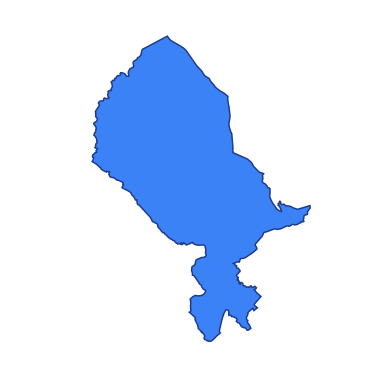 Buon Don, Đắk Lắk, Vietnam, rotated 40°
{"feature_id": "81297802B42534502413482", "entity_name": "Buon Don", "entity_type": "district", "adm_level": 2, "iso_a3": "VNM", "parent_name": "Vietnam", "parent_adm1": "Đắk Lắk", "projection": "orthographic", "projection_center": [107.764, 12.878], "detail": "fine", "context": "isolated", "style": "filled", "palette": "blue", "viewbox_px": 384, "rotation_deg": 40, "n_neighbors": 0, "source": "geoboundaries", "source_scale": "gbopen_adm2", "svg_char_len": 6039}
<svg xmlns="http://www.w3.org/2000/svg" viewBox="0 0 384 384"><g transform="rotate(40 192 192)"><path d="M291.1,126.6L284.0,137.4L279.4,139.2L276.7,139.7L275.0,140.6L272.7,142.3L270.2,142.2L269.2,143.6L268.0,144.0L267.3,143.9L266.7,143.0L266.1,142.6L265.3,142.5L265.1,142.8L265.9,144.6L265.5,145.5L266.0,145.9L266.5,146.8L267.3,146.4L268.2,147.1L269.3,147.1L271.3,148.4L272.1,148.5L272.8,149.2L272.9,149.6L271.5,150.3L268.3,150.5L266.5,150.2L263.8,149.3L261.2,148.8L257.0,147.0L254.2,145.4L252.2,142.3L249.6,139.3L248.8,139.2L247.1,140.0L246.1,139.3L243.9,138.9L242.6,138.7L241.7,139.1L240.5,139.3L239.1,138.8L237.6,136.1L235.1,133.7L235.2,132.0L234.5,132.0L231.0,133.6L222.6,132.8L219.4,131.4L217.1,131.1L213.3,131.1L198.2,135.5L197.6,134.7L196.4,134.1L195.5,132.4L184.9,121.7L182.9,120.9L180.2,119.2L177.8,117.4L176.4,116.1L173.7,111.4L172.2,109.2L165.9,103.3L162.6,100.7L159.1,97.3L158.1,95.7L153.6,95.7L151.1,96.0L149.0,96.5L144.8,96.7L142.1,96.6L140.2,96.0L136.1,95.4L134.1,94.9L132.4,94.0L127.7,94.7L126.0,94.6L122.2,93.2L119.9,92.8L115.1,92.4L96.5,87.4L92.7,87.2L78.5,89.5L76.5,89.4L72.9,88.5L62.4,114.4L62.5,115.4L64.9,120.1L64.7,123.3L64.1,123.6L64.0,124.3L64.5,125.8L63.4,129.1L63.6,130.3L63.9,131.0L66.4,133.0L66.7,134.2L65.3,137.4L65.8,140.5L66.5,141.3L66.7,141.9L68.6,143.1L69.0,143.8L68.6,144.6L67.6,145.1L66.9,145.2L65.0,144.7L63.8,144.8L61.4,145.8L60.7,146.5L60.7,147.3L61.7,148.2L61.9,148.9L61.5,149.6L60.3,150.6L60.1,151.6L60.1,152.4L60.6,153.5L59.8,154.8L60.7,155.8L60.7,156.1L60.4,156.9L59.9,157.0L59.4,157.6L59.7,158.3L59.3,159.6L60.9,160.5L63.2,162.3L63.9,165.3L64.8,166.0L64.8,166.4L63.4,167.4L63.2,169.3L64.3,169.6L64.6,171.3L64.9,171.7L66.5,172.9L67.7,173.0L67.9,173.4L66.4,175.6L64.5,176.3L64.4,176.6L64.5,177.5L65.2,178.6L65.3,179.4L63.4,181.1L63.0,181.9L62.9,183.5L63.5,184.4L64.8,184.5L65.4,185.2L66.1,191.6L66.4,192.6L67.5,193.4L70.0,196.3L72.2,196.6L73.0,197.7L73.3,198.4L73.3,199.7L72.5,201.9L72.9,203.0L76.2,203.8L77.6,204.6L78.2,205.9L79.3,207.5L79.4,209.0L80.2,211.4L82.6,211.8L83.8,212.2L85.4,213.0L85.8,213.4L86.0,214.0L87.4,214.7L87.5,217.2L88.9,219.2L89.0,220.2L89.7,220.5L90.9,219.8L91.9,219.7L91.9,222.0L93.3,222.7L93.4,223.0L92.5,224.2L92.3,227.5L92.5,228.3L93.5,229.2L94.3,229.0L94.8,229.1L95.5,230.8L95.9,232.9L100.9,232.1L106.8,232.4L107.8,232.9L110.0,232.6L113.5,231.8L113.4,230.9L115.0,230.5L115.1,229.7L115.6,230.0L116.3,229.8L116.9,232.0L117.9,232.2L119.1,233.0L121.0,232.6L122.3,231.6L124.2,231.1L126.8,231.2L128.2,230.2L129.5,230.0L132.9,229.0L133.3,229.1L133.3,229.5L133.8,229.8L133.9,230.5L135.0,230.5L135.1,231.3L135.0,232.1L135.4,233.4L135.8,233.7L143.1,232.0L146.0,231.8L146.1,232.1L148.3,233.0L150.4,233.0L153.6,234.4L154.1,234.1L154.4,234.2L155.0,233.6L155.2,234.1L156.4,234.8L157.1,235.8L158.6,236.5L159.7,236.1L160.9,236.1L176.4,238.2L180.6,240.0L186.0,238.8L188.3,240.6L189.3,240.9L190.5,240.8L191.0,241.1L191.8,241.0L194.1,241.8L196.1,241.8L196.5,241.6L196.9,241.0L198.7,241.7L199.6,241.5L203.6,242.0L204.4,241.7L206.2,241.7L207.2,241.2L208.1,241.4L210.0,240.7L211.1,241.2L212.0,241.0L212.9,241.3L213.5,240.9L214.4,241.1L215.8,239.5L217.2,239.2L217.0,238.8L216.2,238.7L216.3,237.8L216.8,237.8L217.8,238.7L218.3,238.5L218.5,237.1L218.2,236.2L221.7,236.2L222.9,233.9L223.6,233.2L223.6,232.0L224.2,231.5L224.8,230.3L225.2,230.6L226.6,230.6L228.8,230.0L231.1,228.6L234.7,225.3L236.0,224.9L236.9,225.1L238.9,226.8L239.9,227.5L241.4,230.0L243.3,231.0L243.8,231.9L243.4,234.1L241.3,236.2L238.9,241.0L239.4,243.0L240.9,245.5L240.9,246.5L240.1,248.8L240.2,249.6L242.2,252.5L244.8,254.2L245.8,255.4L247.3,254.8L255.8,257.1L256.8,257.7L258.2,257.3L261.9,258.9L263.5,259.1L265.0,258.6L265.7,258.8L266.3,259.5L266.8,262.2L266.2,264.3L265.0,266.2L262.9,268.1L261.0,269.1L260.0,271.4L259.4,274.9L259.7,275.6L260.5,275.9L261.6,277.1L262.3,277.6L264.1,280.2L267.5,283.8L267.7,284.7L267.2,285.8L275.4,286.1L276.4,287.9L280.9,289.8L283.9,291.8L284.4,292.5L287.2,292.7L288.4,292.9L289.2,293.3L289.4,292.8L289.6,292.7L290.3,292.9L290.7,293.4L291.5,293.1L292.1,293.2L293.6,293.7L294.4,294.3L294.8,295.7L295.7,296.6L296.7,296.8L297.4,296.3L299.2,296.3L299.7,295.8L300.3,295.8L301.2,295.3L302.7,293.6L303.3,290.0L303.3,288.1L303.6,285.6L304.3,281.9L303.0,281.4L302.0,280.4L298.0,272.6L295.9,268.1L294.6,264.6L293.7,260.4L295.1,259.5L296.2,259.3L299.6,262.8L300.0,261.9L300.4,261.7L301.2,261.6L302.3,262.0L303.0,261.2L303.9,261.2L304.7,260.6L306.3,260.5L307.1,260.1L308.2,260.4L309.2,262.7L311.3,262.6L312.4,262.0L316.4,263.3L318.7,262.8L320.1,261.8L320.9,261.8L322.5,262.4L323.3,262.3L323.7,261.9L324.3,260.7L324.7,258.6L320.8,256.8L319.4,256.6L317.8,255.8L317.3,254.5L316.5,254.6L315.2,254.2L314.4,253.2L313.3,249.4L312.3,248.5L313.2,242.1L315.7,243.1L316.5,238.6L313.3,238.7L312.7,238.6L311.8,238.0L312.0,227.7L306.7,227.6L302.4,226.8L303.1,224.9L303.0,224.0L301.0,223.8L300.6,224.1L300.2,225.5L299.7,226.2L299.1,226.4L297.8,225.9L297.2,226.3L297.3,228.1L296.8,228.5L296.0,228.6L294.9,230.0L293.0,229.8L291.5,230.8L289.7,229.5L288.2,229.4L287.7,230.0L288.2,231.0L288.1,231.5L287.4,231.7L286.7,231.6L287.0,230.5L286.1,230.6L285.1,230.0L283.2,230.3L283.1,230.0L283.7,229.4L283.4,229.1L282.6,229.0L282.6,228.0L282.4,227.7L280.5,227.8L279.9,227.4L279.4,226.3L279.9,224.6L279.4,223.2L279.8,222.8L279.8,222.4L279.8,221.9L279.3,221.3L276.5,220.8L276.1,220.8L275.6,221.3L274.7,221.2L274.2,220.9L273.6,219.8L273.1,219.9L272.2,220.5L271.8,220.5L270.8,219.4L270.3,220.0L269.6,220.2L271.8,216.1L273.3,215.3L272.1,212.3L272.3,211.4L274.1,209.7L275.3,207.1L277.6,199.1L278.4,194.0L278.1,193.6L277.0,192.9L274.5,192.0L274.0,191.4L274.2,180.7L273.1,176.6L274.7,174.5L279.0,167.0L279.4,166.7L281.1,166.1L283.5,163.3L286.5,157.1L286.8,156.7L288.3,155.9L289.2,154.3L289.5,152.5L290.0,152.0L291.8,151.2L293.4,149.4L294.2,147.1L295.1,145.5L294.6,144.5L295.1,144.0L296.0,143.8L296.6,142.8L296.4,142.3L295.7,142.1L294.7,141.4L294.6,140.3L294.1,139.9L293.8,139.0L293.2,138.3L293.1,137.7L294.7,135.1L294.5,134.4L293.5,133.3L293.1,132.3L292.8,128.4L291.1,126.6Z" fill="#3b82f6" stroke="#1e3a8a" stroke-width="1.5"/></g></svg>